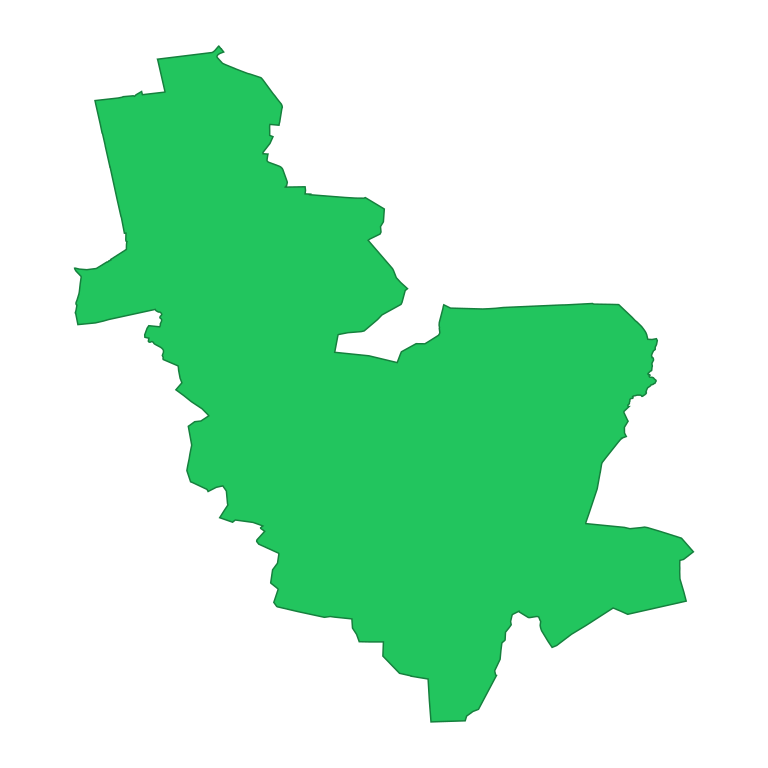 outline of Vircavas pag., Jelgava, Latvia
{"feature_id": "27541924B57397362903980", "entity_name": "Vircavas pag.", "entity_type": "district", "adm_level": 2, "iso_a3": "LVA", "parent_name": "Latvia", "parent_adm1": "Jelgava", "projection": "robinson", "projection_center": [23.832, 56.527], "detail": "fine", "context": "isolated", "style": "filled", "palette": "green", "viewbox_px": 768, "rotation_deg": 0, "n_neighbors": 0, "source": "geoboundaries", "source_scale": "gbopen_adm2", "svg_char_len": 6018}
<svg xmlns="http://www.w3.org/2000/svg" viewBox="0 0 768 768"><path d="M157.5,59.2L157.7,59.7L165.0,91.7L164.9,92.1L142.4,94.7L141.6,91.5L136.0,94.8L134.5,96.3L133.3,95.8L123.0,96.7L122.6,97.1L118.2,98.0L95.0,100.6L95.9,104.8L100.3,124.3L102.1,133.0L102.6,133.9L105.2,145.4L105.2,145.8L109.9,166.7L109.9,167.0L110.1,167.0L117.1,199.3L121.0,216.6L121.4,217.5L124.4,233.2L126.0,233.1L125.8,239.4L125.9,240.6L126.1,241.2L127.0,241.6L126.8,242.1L126.5,244.3L126.4,248.4L126.4,249.4L110.8,259.4L111.0,259.9L110.3,260.4L109.4,260.6L108.7,261.0L108.7,261.3L107.2,262.2L106.9,262.0L96.3,268.5L86.8,269.7L79.3,269.1L75.6,268.2L74.9,268.1L74.6,268.2L75.0,269.4L76.1,271.2L80.9,276.2L81.2,276.9L80.3,283.2L79.3,292.0L78.9,294.0L77.0,300.2L76.1,302.4L76.0,303.2L76.0,304.0L76.7,305.3L76.9,305.3L76.0,310.4L75.3,312.8L75.6,312.9L77.9,324.6L95.4,322.9L103.2,321.1L108.8,319.5L155.2,309.4L155.3,309.7L156.2,310.8L158.3,312.0L160.0,312.1L161.4,313.3L161.8,314.5L161.0,315.7L160.3,316.3L160.0,317.0L159.9,317.8L160.9,318.6L161.6,319.5L161.6,320.8L161.3,321.7L160.3,323.8L160.3,324.5L160.4,325.2L159.7,326.8L148.8,325.7L147.1,328.2L144.7,334.8L144.9,337.3L148.9,338.2L148.6,339.0L148.7,339.6L148.3,341.1L148.8,341.9L149.6,342.2L150.1,342.2L151.9,341.5L152.2,341.6L153.5,342.5L153.9,343.4L154.4,343.9L156.1,344.9L160.6,347.3L161.9,348.3L163.0,349.5L163.5,350.7L163.4,352.5L162.3,355.5L163.2,357.3L163.0,358.4L163.2,359.5L178.1,365.9L178.4,367.6L178.6,370.2L180.1,378.2L181.9,382.8L175.9,389.8L183.8,395.6L191.4,401.7L202.1,408.8L208.6,415.4L208.8,415.8L200.9,421.0L194.7,421.7L188.3,426.3L191.7,445.0L191.6,445.8L191.1,448.0L189.9,454.2L189.2,458.6L187.7,465.8L186.9,470.4L186.9,470.7L190.6,481.8L192.4,482.5L206.8,489.3L207.2,489.7L208.1,491.5L216.3,487.3L222.8,485.9L226.3,490.9L226.4,491.3L227.5,503.5L227.9,505.0L224.3,510.4L219.7,517.7L232.6,522.2L235.3,520.0L253.0,522.4L260.1,524.9L262.8,526.0L260.6,527.8L260.7,528.4L264.7,531.3L257.0,539.8L256.7,540.7L256.7,541.5L258.8,544.2L278.4,553.1L278.7,553.4L278.9,553.9L277.5,563.2L272.6,569.8L270.7,582.8L271.0,583.3L276.6,587.7L278.0,589.0L278.1,589.5L273.8,602.4L276.7,606.4L277.4,606.8L297.9,611.6L324.4,617.3L330.2,616.5L334.5,617.1L351.9,618.9L352.5,628.1L356.6,634.4L358.7,640.2L359.2,641.7L369.1,641.9L383.4,641.9L382.9,656.1L399.5,673.3L411.0,675.9L411.0,676.2L428.1,679.0L429.4,700.9L431.0,721.9L465.2,720.8L466.6,716.1L472.9,711.5L478.5,709.3L496.5,675.4L495.9,675.2L495.6,674.8L494.7,671.0L494.8,670.5L500.1,659.3L500.9,650.6L501.8,643.5L502.1,642.7L504.8,640.4L505.1,639.9L505.5,632.2L508.9,628.0L511.2,624.8L510.6,621.5L512.1,615.0L512.8,614.3L519.0,611.2L519.2,611.9L528.3,617.5L529.7,617.6L536.5,616.5L537.9,616.6L538.8,617.1L540.0,620.2L540.3,620.6L540.7,621.5L540.2,625.0L540.2,625.7L540.6,627.7L541.2,629.7L541.7,630.9L548.2,641.6L552.1,647.4L556.7,645.5L571.4,634.3L585.8,625.6L613.1,608.0L620.6,611.1L627.7,614.3L686.2,601.1L683.9,592.3L680.0,579.1L679.9,578.3L679.7,571.8L679.8,568.1L679.7,565.6L679.8,560.4L683.6,559.4L693.4,551.8L681.5,538.2L659.5,531.2L647.4,527.6L644.6,527.1L641.1,527.6L629.9,528.7L624.4,527.4L585.8,523.6L585.9,522.3L588.9,513.7L597.2,488.8L600.1,472.8L600.2,472.7L601.5,464.7L601.8,463.5L602.2,462.5L606.3,457.2L618.0,442.5L620.6,439.4L621.9,438.5L621.7,438.2L626.3,436.5L624.5,433.0L624.4,427.3L628.1,421.2L627.4,420.0L623.9,412.5L623.9,411.9L624.1,411.3L629.0,406.6L628.7,406.6L628.0,406.2L627.8,405.8L628.1,404.8L629.2,403.9L629.4,403.5L629.4,402.4L629.9,401.0L629.8,399.8L629.9,399.5L630.0,399.3L631.0,398.5L632.4,398.4L632.8,398.2L633.0,397.8L633.0,397.3L632.7,396.9L632.6,396.5L634.0,395.8L634.8,395.8L637.2,395.1L640.1,395.1L640.7,395.2L641.5,395.8L641.8,396.3L642.0,396.4L642.7,396.2L643.9,395.3L644.9,394.7L645.2,394.3L645.9,393.8L646.4,392.9L646.3,392.6L645.8,392.0L645.8,391.9L646.3,391.3L646.6,389.9L647.8,387.6L649.6,386.5L650.7,385.6L651.1,384.8L652.8,384.5L653.4,384.1L653.6,383.7L654.8,383.4L655.1,383.0L655.6,381.9L656.1,381.1L656.0,380.3L654.5,379.1L653.4,377.8L652.1,377.3L649.8,377.2L649.3,376.7L649.1,376.0L649.5,375.6L650.0,375.2L649.7,374.7L649.0,374.5L648.2,374.5L647.9,373.8L648.1,373.4L650.0,371.5L650.6,371.0L651.1,370.7L651.5,370.7L651.7,370.3L652.0,367.2L652.3,366.3L652.3,365.9L652.2,365.1L651.8,364.0L652.3,362.5L653.5,360.2L653.5,359.3L653.2,358.1L652.8,357.7L652.0,357.6L652.0,356.7L651.6,356.1L651.6,355.1L652.3,353.2L653.5,350.8L655.2,349.5L655.2,347.2L656.5,344.6L657.3,340.5L656.4,338.7L652.1,339.5L647.8,339.3L646.7,334.7L645.9,332.7L645.1,331.3L643.8,329.4L641.6,326.5L636.9,321.9L635.3,320.7L632.2,317.4L618.7,304.6L611.4,304.4L593.6,304.1L592.5,303.5L565.8,304.9L560.8,305.0L503.4,307.5L495.7,308.3L489.3,308.7L482.8,309.0L450.5,308.1L443.8,304.8L443.3,306.4L442.9,308.6L439.3,322.4L439.1,325.2L439.5,327.6L439.3,328.3L439.8,332.6L439.5,333.7L438.5,335.3L428.5,341.6L424.9,343.8L416.1,343.7L401.4,351.8L400.5,353.9L397.2,362.6L368.9,355.8L334.7,352.3L338.0,334.9L338.6,334.5L347.8,332.7L361.3,331.6L364.2,330.9L377.5,319.6L382.0,314.9L401.0,304.4L402.0,302.4L405.2,290.5L407.5,288.7L400.6,282.4L396.3,277.7L393.5,270.5L392.5,268.6L368.1,240.3L370.1,238.9L380.1,234.0L381.0,232.0L380.5,226.6L383.4,221.8L384.3,209.0L365.3,197.6L363.8,198.2L355.5,198.1L345.5,197.5L309.6,194.7L309.4,194.6L310.0,194.1L305.1,193.9L305.3,191.8L305.5,190.8L305.5,190.2L305.1,186.8L285.7,187.1L285.3,187.0L286.6,185.6L287.3,182.5L287.1,181.5L282.8,169.5L282.2,168.4L280.9,167.1L279.5,166.3L268.5,162.2L267.6,161.5L267.0,160.6L267.0,160.0L267.8,154.7L268.0,154.1L263.0,153.7L263.0,152.4L270.0,143.4L273.0,136.7L269.7,135.4L269.7,130.7L269.6,127.0L269.7,125.3L269.9,124.4L279.0,125.2L279.3,123.4L279.7,122.0L281.8,108.9L282.3,107.3L282.1,105.9L281.4,104.2L277.0,98.7L275.1,96.1L273.0,93.6L263.1,80.1L261.5,78.2L260.9,77.7L250.1,74.1L247.7,73.5L241.1,71.0L236.2,69.1L225.5,64.7L222.7,63.4L222.1,62.9L217.5,57.8L217.0,56.9L216.9,56.3L218.0,54.6L220.0,53.4L223.7,52.0L221.5,49.2L221.4,48.9L221.1,48.9L218.8,46.1L218.4,46.4L215.0,50.4L214.4,51.0L212.3,52.5L157.5,59.2Z" fill="#22c55e" stroke="#15803d" stroke-width="1.5"/></svg>